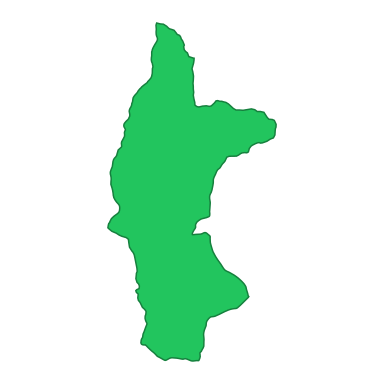 Chapchha, Chhukha, Bhutan (Albers equal-area conic projection)
{"feature_id": "84629894B72576514572529", "entity_name": "Chapchha", "entity_type": "district", "adm_level": 2, "iso_a3": "BTN", "parent_name": "Bhutan", "parent_adm1": "Chhukha", "projection": "albers", "projection_center": [89.567, 27.211], "detail": "fine", "context": "isolated", "style": "filled", "palette": "green", "viewbox_px": 384, "rotation_deg": 0, "n_neighbors": 0, "source": "geoboundaries", "source_scale": "gbopen_adm2", "svg_char_len": 6045}
<svg xmlns="http://www.w3.org/2000/svg" viewBox="0 0 384 384"><path d="M248.8,296.5L248.2,295.9L247.7,293.5L246.5,289.6L246.0,287.2L245.7,286.4L244.8,285.0L244.4,284.3L243.4,283.1L241.7,281.3L239.9,279.6L238.1,278.0L236.1,276.5L234.1,275.1L232.0,273.9L229.2,272.3L226.9,271.3L226.2,270.9L225.5,270.5L224.9,270.0L224.3,269.4L223.3,268.1L220.7,264.0L217.8,260.0L215.6,256.6L214.4,254.4L213.3,252.3L212.9,251.5L212.4,250.0L211.0,245.3L210.6,243.7L210.4,242.9L210.3,242.1L210.2,240.4L210.1,238.0L210.2,237.2L210.1,236.4L209.7,235.7L208.4,234.7L207.2,233.6L206.5,233.1L205.8,232.7L205.0,232.6L204.2,232.7L203.5,233.0L202.0,233.7L201.2,234.0L200.4,234.1L199.6,234.2L195.6,234.4L193.1,234.7L192.4,234.6L192.3,233.8L192.5,233.0L192.8,232.3L193.6,230.8L194.0,230.1L194.9,228.8L195.3,228.1L195.6,227.3L195.6,226.5L195.5,225.6L195.6,224.8L195.8,224.0L196.2,223.3L196.6,222.6L197.1,221.9L197.7,221.4L198.9,220.4L200.3,219.5L201.0,219.1L201.8,218.8L203.3,218.4L205.7,217.8L206.5,217.6L208.0,217.0L208.8,216.7L209.4,216.2L209.7,215.4L209.8,213.8L209.6,211.4L209.7,210.5L210.1,204.8L210.2,203.2L210.2,202.4L210.1,201.6L209.7,199.1L209.6,198.3L209.6,197.5L209.6,196.7L209.7,195.9L209.9,195.1L210.2,194.3L211.3,192.1L211.5,191.4L212.0,189.8L212.3,188.2L212.8,185.8L213.2,183.3L213.3,182.5L213.3,180.1L213.4,179.3L213.6,178.5L213.9,177.7L214.2,176.9L215.6,174.0L216.5,171.7L216.9,171.0L217.3,170.3L217.8,169.6L218.4,169.1L219.1,168.6L219.7,168.1L220.2,167.5L221.9,164.7L222.4,164.0L224.1,162.2L224.6,161.6L225.1,160.9L225.4,160.2L226.1,158.7L226.8,157.2L227.5,156.9L229.0,156.3L231.3,156.2L233.1,156.2L236.5,156.1L238.5,155.1L240.8,153.5L242.2,152.9L244.6,152.6L246.5,152.8L247.3,152.6L248.4,151.9L249.3,148.5L251.0,146.2L252.4,145.2L255.1,143.8L257.6,142.8L259.2,142.6L260.4,143.1L262.3,142.9L266.9,141.3L270.3,139.1L273.4,137.9L274.9,135.0L275.2,130.4L275.4,128.7L276.0,127.1L276.1,124.3L274.3,120.4L272.3,119.5L268.8,119.2L267.1,117.3L263.9,112.3L260.3,111.5L257.2,111.5L254.8,109.7L251.4,108.9L243.1,110.3L239.2,110.0L236.0,110.0L233.4,108.5L228.5,104.0L225.9,102.4L223.0,101.7L221.9,101.3L220.0,101.3L217.6,100.6L216.0,100.9L214.5,102.9L211.3,105.9L209.3,106.4L206.4,105.8L202.6,106.1L198.9,107.0L196.7,106.5L194.9,105.0L194.8,102.5L193.9,98.8L193.3,95.2L193.7,92.3L193.3,89.0L193.3,86.4L193.0,83.3L193.3,80.2L193.5,76.1L192.8,71.8L192.0,68.8L193.6,63.0L194.0,60.2L194.1,58.2L193.4,58.1L188.8,56.6L187.4,52.9L185.6,51.5L184.2,49.7L183.7,46.6L184.3,45.1L182.7,41.0L181.2,38.8L180.7,37.1L179.6,35.4L177.2,34.4L176.0,32.7L174.1,30.3L172.5,29.7L169.5,28.8L168.5,28.1L166.6,26.2L163.4,24.2L160.2,23.9L156.7,23.0L156.3,24.1L156.0,25.3L156.3,29.3L156.1,31.9L156.2,34.3L156.5,35.8L157.2,37.5L157.5,38.9L157.4,39.4L157.3,40.2L156.8,41.3L156.0,42.7L154.8,44.6L153.7,46.6L152.8,48.4L152.3,49.8L152.0,51.1L151.7,51.9L151.7,55.7L151.6,56.4L151.4,57.6L151.3,59.6L151.4,60.6L151.7,61.9L151.9,62.4L152.2,62.9L152.9,66.4L152.9,67.1L152.4,68.6L152.3,72.7L152.2,73.9L151.9,75.0L151.7,76.2L151.4,76.9L150.8,78.2L150.3,78.8L149.7,79.4L149.1,80.2L147.7,81.6L147.3,82.5L145.8,83.7L144.8,84.4L143.5,85.4L141.6,87.0L141.1,87.7L139.7,89.0L138.1,91.0L137.6,92.0L136.9,93.0L134.7,95.4L133.6,97.0L133.2,97.7L133.0,98.5L132.5,101.9L132.1,102.8L131.7,104.0L131.7,104.8L131.3,106.0L131.0,106.7L129.9,108.6L129.7,109.3L129.4,109.9L129.2,111.3L129.3,111.9L129.7,114.0L129.8,114.8L129.7,116.0L129.6,116.5L128.9,117.9L128.6,118.7L128.1,119.4L126.2,121.2L125.0,122.6L124.3,123.6L124.0,124.2L123.8,125.7L123.9,126.2L124.0,126.8L124.4,127.5L124.9,128.4L125.2,129.0L125.4,130.0L124.7,131.4L124.4,132.8L124.6,134.7L124.5,136.4L122.9,139.5L121.7,141.7L121.4,143.2L121.7,146.3L121.3,147.2L118.2,150.0L117.4,152.8L116.9,154.4L116.8,155.2L115.9,156.7L114.3,158.4L113.6,159.6L113.0,161.5L112.8,163.1L112.3,166.7L111.2,169.4L110.4,171.8L110.3,172.8L110.4,174.2L110.6,174.9L111.1,177.4L111.2,179.3L111.0,181.3L110.9,184.4L112.0,187.8L112.6,190.2L113.1,193.2L113.3,195.5L113.5,196.1L113.8,197.5L114.8,199.5L115.5,200.6L116.6,202.1L118.5,204.2L119.4,205.6L119.5,206.1L119.7,207.3L119.7,208.7L119.5,210.5L119.0,212.0L117.8,213.4L116.6,214.3L114.8,215.6L114.0,216.2L112.8,217.3L111.4,218.7L110.0,221.4L109.6,222.5L108.7,223.6L108.3,225.2L107.9,227.8L109.0,228.9L111.9,231.3L116.3,233.2L119.2,235.1L121.9,236.3L126.3,237.6L128.4,239.3L128.8,242.6L129.5,247.2L131.8,250.9L133.0,252.3L134.2,254.7L134.9,257.9L136.9,268.0L137.2,271.4L136.4,273.3L136.3,274.8L135.9,278.7L137.0,282.3L138.6,284.0L139.4,286.0L139.1,288.6L136.7,289.7L135.8,290.7L136.4,292.4L138.2,294.1L137.8,297.9L138.4,300.4L140.1,302.5L142.4,307.3L144.8,309.5L146.1,311.5L145.8,314.5L145.3,315.6L145.1,316.9L145.1,318.6L145.7,320.8L146.8,323.1L147.0,324.0L145.7,327.2L144.1,331.7L143.1,334.0L142.6,337.3L141.5,339.2L141.2,340.3L140.9,342.9L141.4,344.0L142.0,344.5L142.8,344.8L143.6,344.9L144.4,345.0L145.2,344.8L145.8,345.3L146.4,345.8L148.1,347.6L150.5,349.9L151.7,351.0L153.6,352.5L154.8,353.6L156.5,355.4L157.0,356.0L157.7,356.5L159.9,357.6L162.7,359.2L164.2,360.0L164.9,360.3L165.7,360.3L166.5,360.0L169.4,358.4L170.1,358.1L170.9,357.9L171.7,357.8L172.5,357.8L175.0,358.0L176.6,358.1L179.0,358.5L181.4,359.0L182.2,359.1L183.0,359.2L183.8,359.0L184.6,358.8L185.4,358.7L186.2,358.9L187.0,359.1L190.8,360.7L191.6,360.9L192.4,361.0L193.2,361.0L194.0,360.9L196.5,360.6L197.3,360.6L198.2,360.7L198.8,360.5L199.2,359.8L199.8,358.2L200.2,356.6L200.1,355.8L200.1,355.0L199.9,353.4L200.0,352.8L200.4,352.2L200.9,351.8L201.3,351.4L202.0,349.9L203.2,347.8L203.5,347.0L203.8,346.2L203.9,341.3L204.0,339.7L203.9,338.1L203.6,334.8L203.6,334.0L203.7,333.2L203.8,332.4L204.0,331.5L204.4,330.0L205.6,326.9L205.9,326.2L206.1,325.4L206.3,322.9L206.5,322.1L206.8,321.3L207.2,320.6L207.7,319.9L208.2,319.2L208.7,318.6L209.3,318.0L209.9,317.5L210.5,317.0L211.3,316.8L213.8,316.5L214.6,316.3L215.3,316.1L216.8,315.4L219.1,314.4L224.9,311.5L226.4,310.9L227.9,310.2L230.2,309.4L231.8,309.0L234.2,308.6L235.8,308.5L236.6,308.3L237.3,307.9L237.9,307.4L240.4,305.2L241.0,304.6L248.0,297.7L248.5,297.1L248.8,296.5Z" fill="#22c55e" stroke="#15803d" stroke-width="1.5"/></svg>